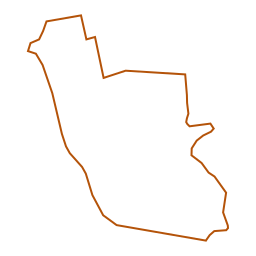 the border of Neretas
{"feature_id": "LVA-5724", "entity_name": "Neretas", "entity_type": "Municipality", "adm_level": 1, "iso_a3": "LVA", "parent_name": "Latvia", "parent_adm1": "", "projection": "mercator", "projection_center": [25.191, 56.328], "detail": "fine", "context": "isolated", "style": "outline", "palette": "amber", "viewbox_px": 256, "rotation_deg": 0, "n_neighbors": 0, "source": "natural_earth", "source_scale": "10m", "svg_char_len": 683}
<svg xmlns="http://www.w3.org/2000/svg" viewBox="0 0 256 256"><path d="M205.9,240.6L116.6,225.1L103.2,215.3L92.4,195.1L85.8,173.6L82.1,167.0L69.8,153.2L66.0,146.4L61.9,133.9L52.3,93.2L42.6,65.0L35.9,53.7L28.0,51.1L30.5,43.1L39.1,39.4L43.1,31.0L46.5,21.4L81.0,15.4L86.4,39.4L95.0,37.0L103.6,77.9L125.6,70.7L185.2,74.4L186.9,95.1L187.1,102.9L188.4,113.7L186.9,118.4L186.2,122.1L187.3,124.0L189.6,126.3L210.4,123.6L213.7,128.6L211.0,131.7L203.2,135.5L196.7,140.6L191.7,148.4L191.5,155.3L201.6,163.0L208.6,172.6L214.5,176.5L226.1,192.7L223.1,212.4L227.8,225.5L228.0,228.1L226.2,230.2L214.3,231.1L209.7,235.1L206.0,240.4L205.9,240.6Z" fill="none" stroke="#b45309" stroke-width="2"/></svg>